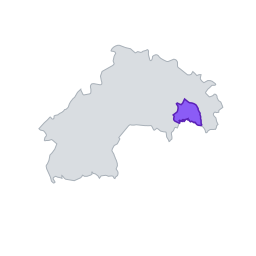 Guinea, with Macenta highlighted, rotated 310°
{"feature_id": "GIN-5651", "entity_name": "Macenta", "entity_type": "Prefecture", "adm_level": 1, "iso_a3": "GIN", "parent_name": "Guinea", "parent_adm1": "", "projection": "mercator", "projection_center": [-9.497, 8.422], "detail": "fine", "context": "in_parent", "style": "filled", "palette": "violet", "viewbox_px": 256, "rotation_deg": 310, "n_neighbors": 0, "source": "natural_earth", "source_scale": "10m", "svg_char_len": 5098}
<svg xmlns="http://www.w3.org/2000/svg" viewBox="0 0 256 256"><g transform="rotate(310 128 128)"><path d="M154.5,164.5L152.6,164.2L151.8,164.6L149.3,167.5L147.8,168.7L145.5,168.3L144.6,168.5L144.0,168.2L144.9,166.6L146.0,163.4L149.1,160.1L149.2,159.5L147.9,157.6L146.6,155.0L146.6,152.2L146.4,150.3L143.6,149.7L143.1,149.4L143.1,148.7L144.6,145.2L144.7,144.5L144.5,143.9L142.9,142.2L140.3,138.9L135.8,132.2L134.1,130.8L132.5,128.8L131.9,127.5L130.3,127.0L114.7,127.1L114.4,128.8L109.0,130.0L105.7,128.7L102.0,129.4L100.2,130.3L98.8,134.2L98.1,135.1L97.3,136.8L96.6,137.8L95.8,139.7L94.0,142.5L92.2,144.2L89.0,145.2L88.1,148.1L87.3,149.2L86.1,150.0L84.9,150.5L82.3,150.0L80.9,150.5L80.6,149.8L81.4,147.5L80.8,146.3L78.3,143.9L78.1,142.8L77.4,141.3L74.1,138.2L71.1,138.4L72.0,135.9L71.9,132.5L70.9,130.6L71.2,128.7L70.6,128.8L69.6,130.1L68.0,129.7L64.7,127.7L63.0,125.7L62.8,124.1L62.5,123.4L61.5,123.8L59.4,123.7L53.1,120.7L48.7,113.2L48.6,111.6L49.2,108.6L49.1,107.8L47.0,109.8L46.6,108.5L45.0,105.5L44.6,103.7L43.1,103.0L41.9,102.8L40.9,103.4L39.7,106.9L38.8,106.9L37.9,106.2L38.1,103.5L40.5,100.2L44.5,91.9L46.0,90.0L46.9,89.4L48.8,89.3L52.5,88.2L57.1,85.6L60.6,85.8L64.7,85.5L70.1,83.7L70.2,78.1L70.0,76.8L68.1,75.7L66.9,74.7L66.0,73.5L64.8,72.6L64.9,71.7L67.3,70.5L69.4,70.5L70.2,70.0L70.7,69.2L71.3,67.2L71.6,65.1L70.1,62.2L70.2,60.2L78.1,60.5L82.5,61.1L86.0,61.2L86.6,61.7L86.1,63.6L86.5,64.8L87.7,65.1L89.7,63.7L90.8,64.1L93.0,65.8L95.1,66.2L97.3,67.2L99.4,67.7L101.3,67.6L102.7,68.6L105.4,68.9L108.8,67.6L111.5,67.1L115.2,67.0L117.2,67.4L122.9,66.4L127.4,66.9L126.7,67.6L124.7,72.1L124.9,72.9L129.5,76.7L130.6,77.0L131.8,76.4L133.8,74.7L135.3,72.8L136.8,71.9L138.6,71.9L140.0,73.3L143.2,78.9L144.1,79.6L144.9,79.6L146.3,78.5L147.0,77.3L150.0,73.6L154.7,71.8L165.8,76.0L167.4,76.3L168.4,76.0L169.8,73.5L174.0,71.3L176.0,70.8L177.1,70.7L177.6,70.0L177.8,69.0L177.5,67.9L176.3,66.0L176.2,65.4L177.0,65.1L178.5,64.8L180.6,65.0L182.9,65.8L184.8,67.0L185.9,68.4L188.0,74.4L190.3,79.0L190.2,85.2L191.3,85.9L192.4,86.1L192.9,86.6L194.1,89.2L195.2,89.9L196.4,90.1L198.8,91.8L200.4,92.4L200.6,92.9L200.5,93.6L199.9,94.4L197.6,96.2L196.5,97.6L194.1,101.1L194.0,101.8L194.5,102.3L195.5,102.4L196.6,102.1L198.7,100.8L200.5,101.3L202.1,102.3L202.7,103.3L202.9,104.6L202.5,106.3L202.4,108.3L203.0,111.6L203.8,114.8L204.7,116.0L210.2,118.9L210.7,120.0L211.0,121.2L210.6,122.9L210.0,123.8L207.0,126.4L206.6,127.6L206.8,129.9L207.0,139.4L208.2,141.0L209.6,141.9L212.9,141.4L212.8,144.1L212.4,147.0L214.3,148.0L215.2,148.9L215.8,149.7L212.7,151.3L211.9,152.2L211.4,154.7L211.5,157.0L215.6,158.6L217.2,160.6L217.9,162.5L218.1,166.3L217.8,167.2L216.7,167.2L214.7,164.9L211.5,164.6L209.1,164.2L205.2,164.5L204.6,165.2L204.1,170.2L205.0,171.0L206.9,172.0L208.1,172.4L209.2,172.3L209.9,172.9L210.1,174.5L209.6,175.7L208.5,176.8L207.2,179.7L207.5,182.4L205.3,186.6L204.7,187.4L201.7,186.6L199.8,186.3L198.4,187.4L196.5,185.7L196.2,184.4L195.5,184.2L194.2,184.1L193.0,184.9L192.5,186.2L192.2,188.9L190.1,191.5L188.6,194.7L186.8,194.4L186.5,194.7L184.6,195.6L183.0,195.8L182.6,195.0L181.7,194.3L180.6,192.9L179.4,191.8L177.2,191.1L176.3,191.4L175.2,191.3L174.5,190.9L174.6,190.2L175.8,188.6L176.5,187.0L176.9,185.4L176.9,183.8L176.2,181.5L175.2,179.7L175.0,178.7L175.1,177.2L174.8,175.9L174.5,175.2L174.0,172.6L173.4,172.1L173.1,170.0L173.2,167.9L172.3,167.1L171.0,166.5L170.1,165.7L169.7,164.7L169.2,164.5L168.7,164.5L168.3,165.1L167.9,165.2L167.1,163.2L166.8,163.2L166.2,163.6L159.8,165.8L159.0,163.9L157.8,163.6L155.7,164.4L154.5,164.5Z" fill="#d9dde1" stroke="#a8b0b8" stroke-width="1"/><path d="M168.2,165.7L167.9,165.3L167.6,164.9L167.5,164.4L167.4,163.3L167.2,162.9L167.0,162.5L166.5,162.5L166.6,162.8L166.4,163.0L166.1,163.4L166.1,163.6L166.2,163.8L165.5,164.1L165.1,164.3L164.9,164.4L164.6,164.1L163.4,159.4L163.7,157.8L164.5,157.0L165.4,156.5L166.5,156.0L166.8,155.2L167.0,154.2L171.4,155.2L171.8,155.2L172.5,155.1L173.1,154.9L175.6,153.5L177.0,151.9L177.3,150.3L177.7,149.5L178.8,149.7L179.3,151.7L180.0,153.7L182.2,153.9L186.6,152.7L186.7,158.0L187.0,159.1L188.2,160.8L189.0,162.8L189.4,165.0L189.0,166.6L188.4,168.0L188.1,169.1L187.3,169.7L186.2,172.0L185.7,173.7L184.6,174.4L184.2,175.1L183.8,175.8L183.2,176.6L182.7,176.9L181.6,177.8L181.1,178.8L179.3,180.4L178.5,181.1L177.8,182.5L177.4,182.4L176.9,182.4L176.6,182.0L176.4,181.6L175.7,180.8L175.2,179.8L174.9,178.7L175.0,177.7L175.3,176.6L175.5,176.3L175.6,176.1L175.5,175.8L175.4,175.5L175.1,175.2L174.8,175.2L174.6,175.4L174.3,175.7L174.6,175.0L174.6,174.8L174.2,173.0L174.2,172.7L174.1,172.4L173.9,172.3L173.3,172.1L172.9,171.9L172.9,171.2L173.0,170.5L173.3,170.1L173.4,169.9L173.3,169.7L173.1,169.4L173.0,169.2L172.9,168.9L172.7,168.7L173.0,168.4L173.3,168.2L173.7,168.0L173.5,167.9L173.4,167.7L172.9,167.4L171.7,166.9L171.4,166.4L171.2,166.3L171.0,166.5L170.9,166.7L170.7,166.7L170.5,166.8L170.3,166.8L169.9,166.8L169.5,166.8L169.3,166.8L169.3,166.3L169.6,166.0L169.9,165.8L170.1,165.5L170.0,165.0L169.7,164.6L169.2,164.4L168.7,164.4L168.4,164.8L168.3,165.3L168.3,165.6L168.2,165.7Z" fill="#8b5cf6" stroke="#5b21b6" stroke-width="1.5"/></g></svg>